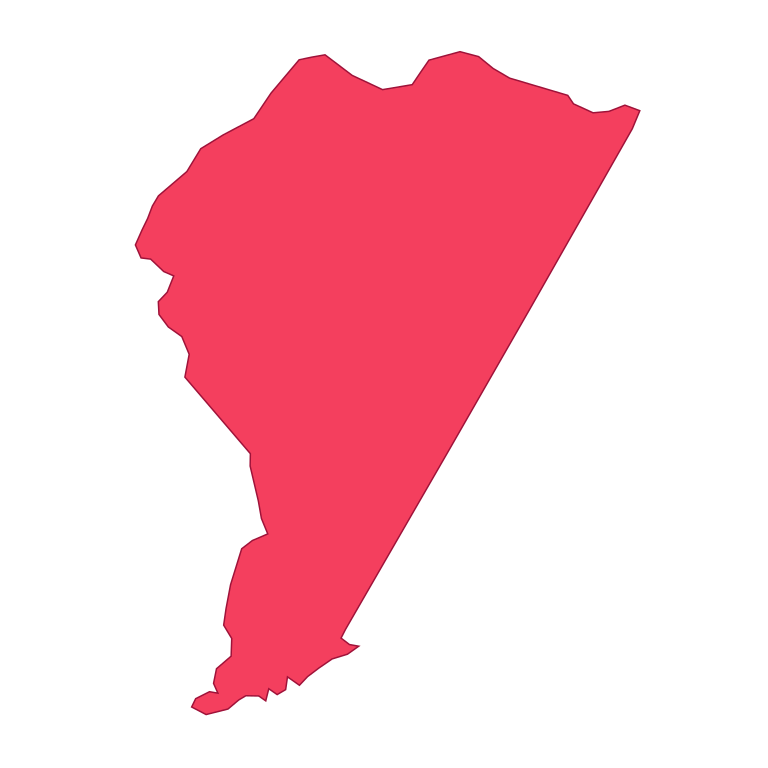 Ipiranga de Goiás, Goiás, Brazil (Natural Earth projection), rotated 181°
{"feature_id": "56859067B30942518683814", "entity_name": "Ipiranga de Goiás", "entity_type": "district", "adm_level": 2, "iso_a3": "BRA", "parent_name": "Brazil", "parent_adm1": "Goiás", "projection": "natural_earth1", "projection_center": [-49.647, -15.147], "detail": "fine", "context": "isolated", "style": "filled", "palette": "rose", "viewbox_px": 768, "rotation_deg": 181, "n_neighbors": 0, "source": "geoboundaries", "source_scale": "gbopen_adm2", "svg_char_len": 1112}
<svg xmlns="http://www.w3.org/2000/svg" viewBox="0 0 768 768"><g transform="rotate(181 384 384)"><path d="M635.0,518.7L629.1,505.8L619.5,504.8L606.2,492.6L596.1,488.4L602.3,472.0L611.1,462.4L610.2,449.6L600.6,437.2L587.0,427.9L579.3,410.3L583.2,387.4L516.4,312.0L516.4,299.6L507.6,264.9L504.2,247.4L497.6,232.1L512.9,225.2L523.4,216.8L533.9,180.7L538.0,156.7L540.1,140.1L531.8,126.9L532.1,109.2L546.5,96.4L549.2,81.7L544.7,72.0L553.1,73.3L566.8,66.1L570.7,57.7L556.1,50.4L534.3,56.3L523.8,65.5L516.7,69.9L503.8,69.9L496.7,65.1L493.9,77.3L485.4,71.6L477.0,76.7L475.4,89.5L463.3,81.3L455.3,90.1L444.1,98.9L431.1,108.2L415.8,113.2L404.7,121.4L414.0,122.9L422.5,129.2L418.2,138.0L317.5,319.7L239.1,462.2L140.2,643.5L133.0,661.7L148.0,667.0L163.9,660.5L179.7,658.8L199.4,667.4L205.3,675.8L263.7,692.0L280.4,701.4L295.1,713.0L313.8,717.6L344.7,708.6L352.4,697.0L361.0,683.8L390.6,678.3L421.2,692.0L448.7,712.1L461.7,709.6L474.5,706.7L502.0,672.9L518.8,647.0L548.9,630.4L571.3,616.1L584.8,593.0L612.8,568.2L618.7,557.9L623.2,545.4L628.6,533.8L635.0,518.7Z" fill="#f43f5e" stroke="#9f1239" stroke-width="1.5"/></g></svg>